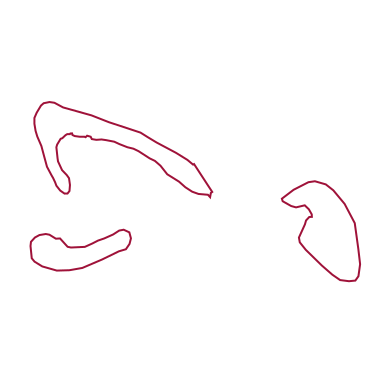 the district of Mwokilloa, Federated States of Micronesia, rotated 267°
{"feature_id": "79324940B30982255534478", "entity_name": "Mwokilloa", "entity_type": "district", "adm_level": 2, "iso_a3": "FSM", "parent_name": "Federated States of Micronesia", "parent_adm1": "", "projection": "mercator", "projection_center": [159.759, 6.679], "detail": "fine", "context": "isolated", "style": "outline", "palette": "rose", "viewbox_px": 384, "rotation_deg": 267, "n_neighbors": 0, "source": "geoboundaries", "source_scale": "gbopen_adm2", "svg_char_len": 1717}
<svg xmlns="http://www.w3.org/2000/svg" viewBox="0 0 384 384"><g transform="rotate(267 192 192)"><path d="M288.3,59.3L289.3,54.4L288.4,48.5L286.2,45.7L279.4,41.1L274.2,38.5L268.4,38.2L261.2,39.0L255.5,40.4L245.8,44.0L235.4,46.2L224.8,48.5L215.8,52.7L213.3,54.0L208.9,55.8L205.4,56.9L200.3,60.5L197.1,64.6L197.0,67.6L199.4,69.7L205.4,70.5L212.2,69.9L215.5,67.8L220.6,63.4L229.6,59.8L232.8,59.5L243.8,58.9L246.4,59.8L252.0,63.6L252.5,65.3L255.4,68.7L256.3,70.4L256.2,73.1L256.8,73.6L256.8,75.3L255.2,75.6L254.0,77.8L253.1,82.6L252.8,87.5L252.3,88.6L253.7,90.2L252.5,93.7L250.1,94.7L249.1,99.2L249.2,104.4L248.3,108.9L246.3,117.0L243.6,122.1L240.1,129.8L238.3,135.8L235.6,140.7L227.8,151.5L225.0,156.6L219.9,161.9L211.0,168.2L203.0,179.6L197.1,185.6L192.3,192.2L189.7,198.4L188.4,207.8L185.9,209.8L190.1,210.8L191.0,212.2L219.8,195.5L219.3,194.5L224.3,189.1L232.0,178.0L243.3,159.2L249.2,150.5L254.0,143.7L266.0,112.8L267.9,108.6L273.8,95.6L283.2,67.7L288.3,59.3ZM196.3,315.3L195.7,308.8L188.9,293.6L180.6,281.4L178.0,282.1L172.8,290.3L171.2,295.1L172.8,303.9L168.6,307.8L163.4,310.4L160.9,310.4L160.9,307.8L157.6,304.4L153.8,303.1L140.9,296.4L136.1,297.0L128.3,302.6L111.8,317.8L102.1,327.8L96.3,335.3L94.7,344.1L95.0,350.5L99.2,353.8L111.1,356.1L126.6,355.1L152.4,352.9L172.1,343.8L186.3,333.2L192.6,326.0L196.3,315.3ZM155.0,127.3L157.9,121.8L157.3,117.3L153.7,111.0L150.2,101.9L148.4,95.6L145.8,89.8L142.8,82.1L142.9,68.2L143.8,64.9L152.5,57.8L152.5,53.6L156.8,47.4L157.7,43.8L157.0,37.4L154.8,32.8L150.7,28.6L146.5,27.9L134.2,28.5L130.7,31.1L125.5,38.6L120.6,52.9L120.3,65.5L121.9,78.5L129.3,98.7L136.6,115.9L138.3,123.0L143.4,126.9L148.9,128.6L155.0,127.3Z" fill="none" stroke="#9f1239" stroke-width="2"/></g></svg>